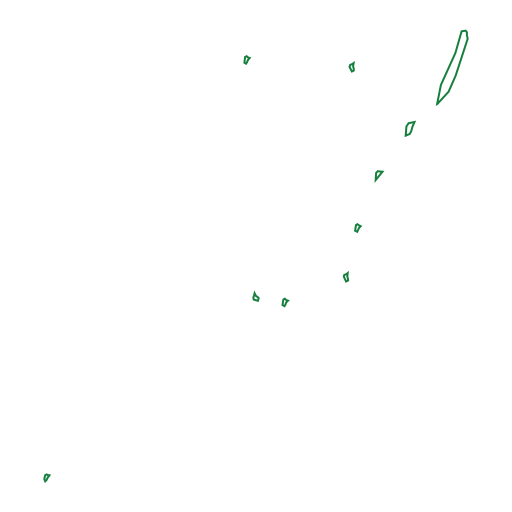 outline of Haa Dhaalu
{"feature_id": "MDV-5224", "entity_name": "Haa Dhaalu", "entity_type": "Atoll", "adm_level": 1, "iso_a3": "MDV", "parent_name": "Maldives", "parent_adm1": "", "projection": "equal_earth", "projection_center": [72.994, 6.597], "detail": "fine", "context": "isolated", "style": "outline", "palette": "green", "viewbox_px": 512, "rotation_deg": 0, "n_neighbors": 0, "source": "natural_earth", "source_scale": "10m", "svg_char_len": 1236}
<svg xmlns="http://www.w3.org/2000/svg" viewBox="0 0 512 512"><path d="M461.6,31.3L465.7,30.7L466.9,32.3L466.9,35.3L467.7,38.7L455.7,75.5L448.6,91.7L437.3,104.0L437.1,104.1L440.9,85.0L455.4,53.0L461.6,31.3ZM414.5,122.0L412.4,126.8L411.3,131.0L409.7,134.0L405.7,135.6L406.4,126.5L408.6,123.2L414.5,122.0ZM382.5,171.7L375.7,180.0L376.1,173.0L377.8,171.2L380.0,171.5L382.5,171.7ZM360.7,226.2L358.9,228.1L357.9,230.4L357.2,231.8L355.1,230.7L356.0,225.1L357.4,224.2L357.5,224.3L359.2,225.5L360.7,226.2ZM353.6,63.1L353.1,66.2L353.2,66.6L353.7,68.6L353.8,70.5L351.9,71.5L351.1,70.0L349.5,66.8L350.3,64.8L352.0,64.2L353.6,63.1ZM249.7,58.0L248.0,59.9L247.0,62.2L246.1,63.7L244.4,62.7L245.1,57.0L246.6,56.2L248.2,57.5L249.7,58.0ZM288.0,300.7L286.2,302.4L285.3,304.9L284.5,306.2L282.5,305.0L283.4,299.5L284.8,298.7L286.4,300.1L288.0,300.7ZM254.6,293.3L255.9,295.9L257.6,297.0L258.7,298.2L257.9,300.8L253.8,299.6L253.3,297.7L254.1,295.5L254.6,293.3ZM347.7,273.1L347.3,276.2L347.9,278.7L348.1,280.4L348.1,280.5L346.1,281.5L345.4,280.0L343.8,276.7L344.3,274.9L346.3,274.2L347.7,273.1ZM49.6,475.2L49.6,475.3L47.8,477.4L46.4,480.2L45.2,481.3L44.3,479.0L45.2,475.2L46.6,474.4L48.1,475.2L49.6,475.2Z" fill="none" stroke="#15803d" stroke-width="2"/></svg>